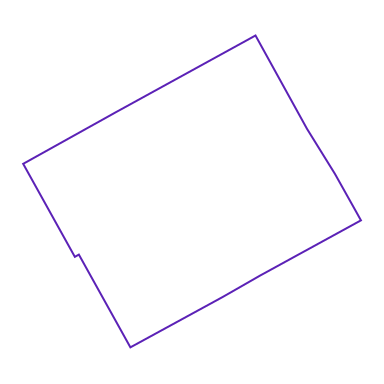 the district of Douglas, Minnesota, United States of America, rotated 331°
{"feature_id": "52423323B43796500945789", "entity_name": "Douglas", "entity_type": "district", "adm_level": 2, "iso_a3": "USA", "parent_name": "United States of America", "parent_adm1": "Minnesota", "projection": "mercator", "projection_center": [-95.419, 45.933], "detail": "fine", "context": "isolated", "style": "outline", "palette": "violet", "viewbox_px": 384, "rotation_deg": 331, "n_neighbors": 0, "source": "geoboundaries", "source_scale": "gbopen_adm2", "svg_char_len": 326}
<svg xmlns="http://www.w3.org/2000/svg" viewBox="0 0 384 384"><g transform="rotate(331 192 192)"><path d="M323.4,85.9L163.9,85.3L58.0,85.5L58.1,191.9L62.7,191.9L62.8,298.0L168.3,298.7L168.5,298.7L211.2,298.1L326.0,298.7L326.0,289.8L325.8,245.5L323.2,192.5L323.4,85.9Z" fill="none" stroke="#5b21b6" stroke-width="2"/></g></svg>